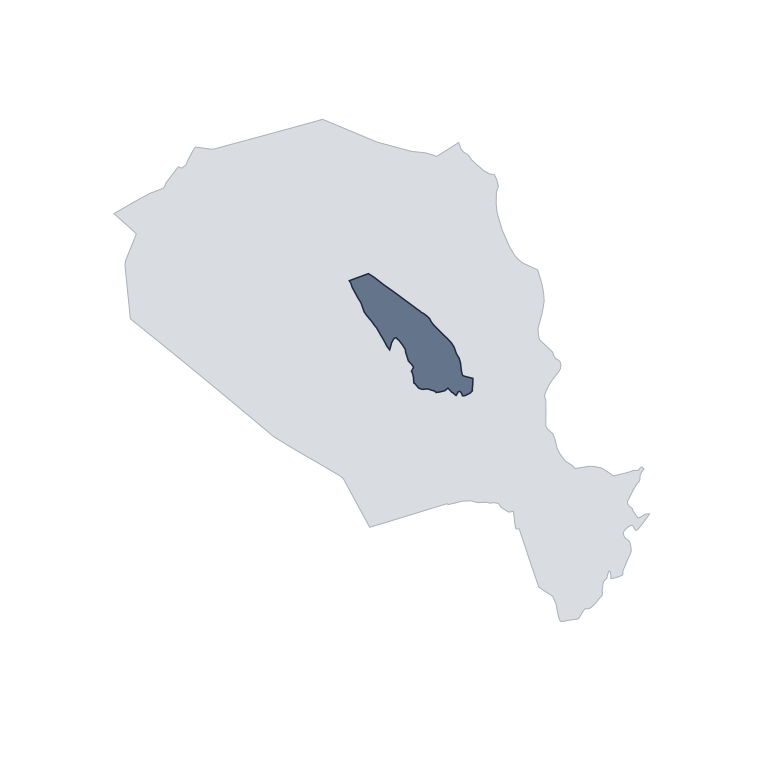 Aderbissinat, Agadez, Niger (highlighted), rotated 252°
{"feature_id": "23599985B52241460380538", "entity_name": "Aderbissinat", "entity_type": "district", "adm_level": 2, "iso_a3": "NER", "parent_name": "Niger", "parent_adm1": "Agadez", "projection": "albers", "projection_center": [8.516, 16.502], "detail": "fine", "context": "in_parent", "style": "filled", "palette": "slate", "viewbox_px": 768, "rotation_deg": 252, "n_neighbors": 0, "source": "geoboundaries", "source_scale": "gbopen_adm2", "svg_char_len": 4829}
<svg xmlns="http://www.w3.org/2000/svg" viewBox="0 0 768 768"><g transform="rotate(252 384 384)"><path d="M590.6,529.7L584.0,529.9L580.3,531.2L575.6,535.0L570.3,536.5L563.9,539.9L559.9,542.6L556.1,544.7L550.9,549.7L549.2,553.5L544.0,554.4L536.6,553.9L531.8,550.2L520.9,546.4L513.8,544.9L510.6,544.4L494.0,544.0L476.3,545.7L467.3,547.7L465.6,548.1L460.5,550.5L456.3,553.2L444.9,565.5L429.7,565.1L420.7,563.8L413.1,561.9L402.3,556.2L389.1,547.5L384.0,546.3L379.4,545.6L377.9,545.7L362.1,554.3L359.0,554.1L355.3,555.1L352.8,557.2L351.0,558.3L349.1,558.4L346.6,557.9L344.2,556.6L341.8,554.2L335.3,544.5L334.0,542.8L331.3,539.9L326.6,535.4L323.5,533.3L321.6,532.7L319.3,533.1L306.7,529.1L294.1,524.9L291.3,525.4L289.3,526.2L284.9,529.1L279.7,529.5L273.2,529.2L269.6,528.7L263.8,529.6L259.9,530.7L254.8,532.6L248.1,538.0L246.2,538.7L244.6,539.6L242.1,554.6L240.2,559.1L236.8,565.0L230.1,570.6L225.5,573.9L225.3,578.6L224.7,586.2L224.5,591.5L224.8,594.9L224.0,596.5L223.6,598.0L223.8,600.2L224.8,601.3L225.5,602.7L225.0,603.8L222.8,605.1L220.6,601.7L217.6,599.2L214.3,598.0L212.1,596.2L211.0,593.8L206.8,588.9L197.1,579.3L196.0,579.0L194.4,578.6L191.5,579.7L189.8,581.1L188.5,581.7L186.7,581.7L181.9,582.8L178.1,584.2L177.9,585.4L179.5,592.6L178.5,596.4L176.9,594.5L171.6,587.2L168.0,581.8L167.4,580.6L166.9,578.7L167.3,578.0L168.8,577.5L172.3,576.9L173.0,576.3L173.2,574.9L172.7,572.2L171.0,568.4L169.0,565.9L167.9,565.4L165.8,565.3L163.6,565.5L159.2,568.4L157.3,568.9L153.0,568.5L149.1,567.7L146.8,566.1L140.0,560.0L132.4,553.4L129.2,552.4L128.5,551.7L128.1,546.9L128.5,541.1L128.9,539.6L132.2,540.7L135.6,541.2L136.7,540.2L134.0,538.0L130.2,535.8L128.8,532.6L127.7,531.5L126.0,530.3L124.0,529.6L122.0,528.7L120.6,527.7L118.3,527.2L115.9,526.4L112.6,521.2L109.4,516.1L107.5,512.1L106.9,509.7L108.1,505.7L107.2,504.1L103.5,499.9L100.5,496.0L101.6,490.2L102.4,485.3L102.6,482.2L103.1,480.5L103.6,478.6L105.7,478.0L111.1,478.3L121.4,479.6L129.7,478.9L130.2,478.7L136.2,473.7L142.9,468.5L152.7,468.3L163.2,468.1L171.5,468.0L183.6,468.0L193.3,467.9L204.6,467.8L205.0,465.3L205.7,464.7L206.9,464.6L215.1,466.2L222.9,467.7L223.6,463.0L230.6,457.2L234.5,456.1L235.5,455.0L236.7,453.1L237.6,450.0L237.9,447.8L239.4,446.0L240.6,442.6L242.1,436.7L246.1,430.6L248.4,422.2L248.9,414.1L249.5,407.9L250.7,406.7L250.9,395.7L251.1,384.7L251.2,375.4L251.4,363.8L251.6,353.6L251.8,342.5L252.0,332.6L252.1,326.1L259.9,324.7L267.9,323.2L279.7,321.0L292.4,318.7L306.3,316.1L309.5,314.4L320.0,305.1L324.8,300.9L334.2,292.4L341.4,285.9L350.6,277.7L360.4,269.3L368.1,262.7L380.2,255.2L398.4,243.8L416.6,232.3L434.7,220.9L452.8,209.3L470.8,197.8L488.7,186.2L506.6,174.5L524.4,162.9L542.6,166.9L559.8,170.6L577.2,174.4L581.4,176.5L590.8,184.4L602.8,194.5L603.4,194.6L603.9,194.6L615.1,188.2L629.5,179.8L634.1,201.2L637.6,219.7L638.2,231.5L638.4,234.6L639.7,236.6L642.5,238.6L654.1,255.4L651.8,258.4L653.7,263.7L656.6,265.8L666.2,275.7L667.5,277.7L667.0,279.3L661.0,291.6L660.0,294.6L659.3,309.9L658.7,320.8L658.0,335.7L657.1,353.5L656.4,368.6L655.5,388.5L654.7,407.3L645.6,418.0L629.4,436.8L616.2,452.1L609.6,462.3L596.7,482.1L591.0,494.9L586.5,501.6L584.2,504.4L586.5,513.6L590.6,529.7Z" fill="#d9dde1" stroke="#a8b0b8" stroke-width="1"/><path d="M361.9,470.3L366.3,463.3L367.4,461.8L367.9,461.4L371.2,461.5L372.7,461.7L377.3,462.6L380.4,463.3L385.8,463.4L387.4,462.9L390.5,462.2L397.3,462.1L399.3,461.6L402.4,460.8L408.3,458.0L411.5,456.2L417.0,453.4L423.5,450.1L426.6,448.8L429.2,448.0L432.0,447.6L435.3,445.9L438.7,443.5L441.0,441.3L442.5,440.6L444.7,438.8L451.0,434.4L456.9,430.1L462.9,425.9L469.4,421.2L475.7,416.5L478.6,414.3L488.1,407.9L493.4,403.6L493.8,403.3L493.0,382.9L490.2,383.6L485.5,383.6L484.1,383.9L480.4,384.6L476.6,385.3L473.5,385.9L471.2,386.5L468.5,387.2L458.7,387.4L456.9,388.0L454.9,388.6L452.6,389.5L450.7,390.2L448.6,391.2L445.6,392.2L442.9,393.0L439.7,394.3L435.7,395.1L431.4,396.0L427.1,397.0L422.4,397.9L419.4,398.3L418.2,398.7L415.9,399.5L414.7,399.9L416.8,401.4L420.8,403.9L423.0,406.2L424.3,407.8L424.3,409.8L423.8,410.0L421.9,410.9L421.1,411.7L419.6,412.2L417.9,412.8L415.4,413.7L412.5,414.4L410.8,414.9L409.0,414.8L408.0,414.4L398.2,414.3L395.8,415.6L393.8,416.4L391.2,417.2L390.7,417.2L388.7,415.1L387.4,413.9L387.0,414.1L386.6,414.4L383.9,414.3L380.7,414.0L380.2,413.8L377.0,413.0L375.6,412.7L374.6,413.7L373.7,413.9L372.2,414.6L370.2,415.3L369.1,416.0L368.1,417.1L366.8,419.4L366.5,421.0L366.0,423.4L365.0,425.3L363.8,426.7L362.5,428.6L362.3,429.3L360.4,430.8L359.8,430.9L359.2,434.3L358.8,439.8L360.3,443.5L357.3,445.0L355.3,445.8L354.3,446.9L352.9,447.6L352.2,448.0L350.8,449.0L352.1,450.6L353.6,452.0L353.6,453.8L352.5,454.5L350.3,455.0L348.5,455.0L348.2,456.0L347.9,457.7L348.3,460.3L348.7,463.0L350.3,466.1L351.1,466.1L353.8,467.2L356.4,468.4L361.9,470.3Z" fill="#64748b" stroke="#1e293b" stroke-width="1.5"/></g></svg>